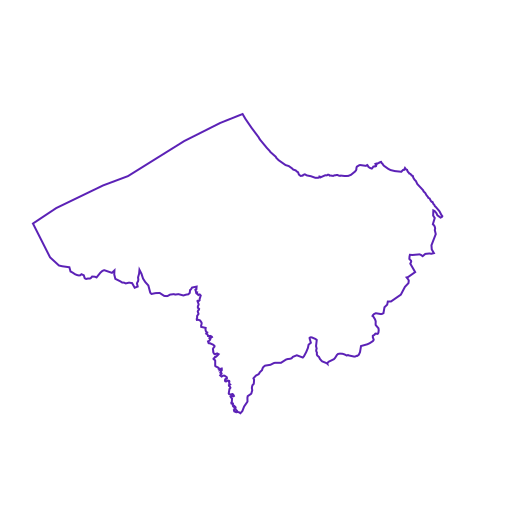 Shama, Western, Ghana (orthographic projection), rotated 243°
{"feature_id": "2480657B99130964172058", "entity_name": "Shama", "entity_type": "district", "adm_level": 2, "iso_a3": "GHA", "parent_name": "Ghana", "parent_adm1": "Western", "projection": "orthographic", "projection_center": [-1.669, 5.06], "detail": "fine", "context": "isolated", "style": "outline", "palette": "violet", "viewbox_px": 512, "rotation_deg": 243, "n_neighbors": 0, "source": "geoboundaries", "source_scale": "gbopen_adm2", "svg_char_len": 6145}
<svg xmlns="http://www.w3.org/2000/svg" viewBox="0 0 512 512"><g transform="rotate(243 256 256)"><path d="M386.2,72.0L348.3,71.9L337.0,76.1L334.9,78.6L330.7,84.6L326.4,83.7L324.6,85.0L321.9,86.5L320.5,87.7L319.3,89.0L318.6,90.5L319.0,92.2L317.0,93.8L314.0,93.3L313.1,93.8L312.5,94.6L312.3,95.9L311.3,97.9L311.4,99.0L312.1,100.7L310.7,103.0L309.3,104.2L311.8,109.8L312.4,112.1L312.4,113.5L312.2,114.4L306.4,120.0L307.4,123.3L303.9,121.3L299.5,120.3L294.9,123.7L293.1,124.7L292.2,126.3L290.7,127.5L289.9,130.8L288.1,133.3L282.8,133.5L282.5,136.7L285.6,137.5L286.4,138.3L286.9,139.3L288.3,140.4L290.5,141.2L293.3,143.8L296.6,145.9L292.2,145.9L287.2,145.1L286.0,145.2L283.1,145.5L278.6,146.7L271.7,145.2L270.9,145.2L269.6,145.7L268.6,149.5L266.8,153.4L262.1,156.1L261.0,157.9L260.5,159.0L260.6,162.0L259.3,165.5L258.3,166.5L257.2,169.6L253.8,173.4L253.3,176.2L252.6,178.3L253.2,180.2L255.6,181.8L255.7,182.7L256.9,184.7L255.7,189.2L253.5,187.8L253.7,187.3L253.4,186.6L252.7,186.6L250.4,186.0L250.2,186.9L249.2,186.2L248.5,186.7L247.4,186.9L247.5,188.0L247.3,188.4L245.9,188.8L243.1,186.1L242.1,185.6L241.9,184.6L242.6,183.7L242.5,183.4L239.1,183.0L238.7,182.8L237.6,181.4L236.3,180.7L234.7,181.3L234.0,180.7L233.8,179.8L233.0,178.9L230.5,178.5L229.3,176.3L227.7,175.5L226.7,174.5L225.9,174.3L225.3,175.7L224.0,176.9L222.0,177.2L221.2,177.2L220.3,176.8L218.9,175.5L217.7,175.0L214.8,178.5L213.2,177.5L211.6,177.2L210.8,177.3L210.1,177.8L209.4,176.4L208.1,177.2L206.5,176.9L205.4,179.2L204.1,180.0L203.8,180.0L203.8,179.7L204.3,179.1L204.2,177.4L203.9,177.1L203.6,177.2L203.2,178.1L202.2,177.0L201.6,175.5L201.7,174.5L200.0,174.2L199.5,174.5L198.8,175.8L198.1,176.1L196.8,177.3L194.9,178.2L194.1,177.9L193.4,176.3L192.7,175.4L190.3,174.6L190.0,174.3L188.2,174.2L187.2,174.7L186.8,177.2L185.5,178.1L184.7,176.0L184.7,174.9L184.3,174.3L184.6,173.5L184.2,173.1L183.9,171.6L183.4,171.4L181.9,172.1L181.2,172.1L176.9,169.9L176.2,169.8L173.4,171.9L172.4,171.5L171.8,172.3L171.0,171.8L171.0,172.6L171.5,173.9L171.3,174.4L169.8,173.7L168.9,172.1L168.3,171.3L167.6,172.0L166.9,172.0L165.9,169.9L164.2,170.6L164.3,172.4L163.7,173.6L161.3,174.9L160.2,174.6L160.0,174.3L160.2,172.8L159.5,172.0L158.4,171.7L157.8,172.3L157.9,173.6L157.4,174.9L156.9,175.4L156.5,175.4L156.2,174.8L155.1,174.6L154.4,174.2L153.3,174.6L153.2,173.2L152.3,173.0L151.6,173.4L150.2,173.4L149.8,172.8L149.6,172.0L145.9,169.3L145.3,169.3L144.2,170.2L143.7,172.4L142.8,172.8L141.3,172.8L141.2,172.3L142.1,171.2L142.2,169.5L141.2,169.5L140.0,170.0L137.1,168.3L136.4,167.3L135.8,167.2L135.3,168.4L135.0,168.5L134.6,168.3L134.0,167.6L133.3,167.7L132.8,168.2L132.3,167.4L131.9,167.6L131.7,168.5L131.2,169.0L130.4,169.1L129.8,168.7L129.9,167.7L129.0,167.6L128.9,167.4L128.8,166.4L127.4,166.1L126.0,167.3L127.3,168.6L126.7,168.8L125.3,168.8L124.4,170.0L123.0,170.7L124.0,173.4L127.3,177.1L129.9,181.9L130.3,182.4L133.6,184.0L134.9,185.0L135.4,189.0L135.7,189.5L138.1,191.7L140.3,192.4L141.8,193.5L142.6,194.4L142.9,195.6L143.6,196.3L146.6,198.1L148.2,198.2L149.5,201.7L149.5,204.7L150.2,206.0L150.6,206.4L151.6,209.6L153.0,210.9L153.8,212.3L154.2,214.3L152.5,219.5L152.5,223.3L152.2,224.5L149.5,229.7L150.1,235.8L149.8,237.5L149.0,239.5L148.7,241.2L149.4,243.1L149.0,247.3L144.3,251.6L144.9,253.2L147.6,257.1L150.5,260.5L153.1,262.6L153.8,265.5L158.1,266.3L158.8,266.7L158.7,267.9L158.1,268.8L155.1,271.3L153.6,272.0L148.5,268.6L146.0,268.0L144.8,266.9L143.9,266.5L142.2,266.4L140.9,265.6L139.6,265.4L137.3,266.3L135.4,266.2L132.9,266.8L132.1,267.1L128.3,270.4L127.5,270.7L128.1,270.9L128.8,272.6L128.7,278.6L129.3,280.2L131.1,283.2L131.5,284.6L130.9,286.5L129.6,288.7L128.1,290.2L126.1,291.7L126.0,293.0L125.4,293.4L121.8,297.8L121.4,298.8L121.3,300.6L121.0,300.9L121.3,302.7L123.1,305.0L128.1,308.7L126.8,315.1L126.7,317.7L127.1,321.4L127.5,322.3L128.1,322.9L130.6,323.2L131.9,323.9L132.0,325.8L132.6,327.0L132.5,327.6L131.5,328.7L131.5,329.4L132.2,330.3L134.1,331.6L136.0,332.3L140.1,331.3L140.9,331.6L143.5,333.0L145.5,333.3L149.0,333.0L149.7,332.6L150.2,333.3L150.7,334.9L150.6,336.8L147.5,341.0L147.2,342.0L147.2,343.6L152.0,347.2L153.1,350.8L155.6,352.8L154.2,355.6L155.8,367.5L160.9,374.7L162.6,379.5L164.6,380.9L165.9,381.0L168.5,380.5L168.2,381.9L169.4,390.5L179.1,390.0L180.5,391.7L181.4,392.0L183.8,391.3L185.9,392.6L187.2,393.7L185.9,395.8L183.2,402.5L182.0,403.5L180.2,404.4L181.0,407.8L179.5,411.7L178.4,413.2L177.8,415.8L182.1,415.6L185.9,417.2L193.9,426.1L198.0,427.1L199.0,428.0L200.5,428.5L202.2,428.6L204.0,428.0L208.7,432.5L211.6,432.2L216.1,434.7L214.9,435.6L212.3,436.2L209.9,436.1L206.4,437.9L206.5,439.6L206.9,440.1L208.5,439.8L212.4,439.8L218.0,438.5L219.2,438.0L220.5,438.1L221.8,437.7L224.1,437.8L224.5,437.1L225.8,436.8L228.4,436.8L229.7,435.9L230.6,436.0L232.7,435.5L235.4,435.4L237.5,434.6L238.5,434.8L246.9,432.4L250.1,432.5L252.0,431.9L254.5,431.7L256.0,432.1L256.6,431.8L257.0,431.2L258.1,431.1L259.1,430.8L259.9,430.0L260.6,430.0L262.3,429.5L264.2,429.7L264.9,429.0L266.8,428.7L265.5,427.0L265.9,426.0L265.1,423.7L268.6,418.3L271.5,414.9L273.6,413.4L278.4,410.9L279.9,410.6L280.9,410.6L281.7,410.1L283.1,410.2L283.2,409.9L283.3,408.1L283.1,407.6L283.3,406.4L283.8,405.1L283.8,404.3L282.7,404.7L282.4,403.9L282.0,404.1L281.6,403.8L281.6,403.1L282.4,401.2L281.3,399.0L281.4,398.7L282.9,397.4L284.5,396.6L286.0,396.6L286.6,396.4L286.4,394.9L289.7,390.2L290.0,389.3L289.8,386.4L288.7,385.3L287.8,384.9L287.0,384.1L286.3,382.6L285.2,377.4L285.5,374.5L286.9,371.5L289.2,368.0L289.2,367.3L290.3,366.0L291.2,365.4L291.6,364.6L291.8,363.5L292.3,362.5L292.3,361.3L292.9,360.2L293.7,359.3L294.2,358.1L295.1,357.9L295.8,357.1L295.7,355.7L296.5,354.3L296.8,349.1L297.5,349.1L298.0,348.6L297.4,348.1L297.4,347.1L298.7,344.4L302.2,341.1L304.7,337.9L306.6,336.6L306.8,334.9L306.4,334.1L307.1,332.1L309.1,331.2L311.5,331.5L312.8,330.7L314.3,330.2L316.1,328.4L317.9,327.8L321.3,326.0L323.6,323.6L331.2,319.6L334.4,318.6L335.3,318.7L342.2,316.0L343.3,315.9L347.5,314.7L357.9,312.4L358.1,312.5L359.1,312.2L360.2,312.3L372.4,310.2L383.1,308.8L388.6,308.5L390.8,284.6L391.0,244.2L385.3,178.2L388.3,151.8L389.4,99.8L386.2,72.0Z" fill="none" stroke="#5b21b6" stroke-width="2"/></g></svg>